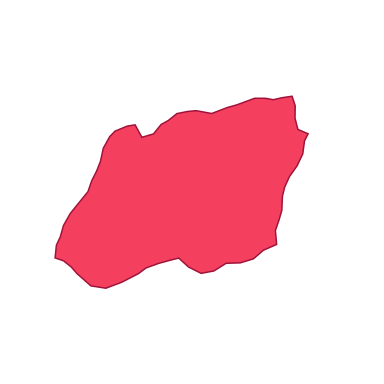 outline of Agios Symeon, Cyprus, rotated 129°
{"feature_id": "46923920B72100366560122", "entity_name": "Agios Symeon", "entity_type": "district", "adm_level": 2, "iso_a3": "CYP", "parent_name": "Cyprus", "parent_adm1": "", "projection": "natural_earth1", "projection_center": [34.234, 35.488], "detail": "fine", "context": "isolated", "style": "filled", "palette": "rose", "viewbox_px": 384, "rotation_deg": 129, "n_neighbors": 0, "source": "geoboundaries", "source_scale": "gbopen_adm2", "svg_char_len": 935}
<svg xmlns="http://www.w3.org/2000/svg" viewBox="0 0 384 384"><g transform="rotate(129 192 192)"><path d="M306.5,189.9L289.0,182.2L279.9,179.9L268.5,173.0L257.8,165.3L251.7,160.7L252.5,147.6L249.5,133.7L239.6,125.3L225.9,120.6L216.7,109.9L205.3,102.2L192.4,99.9L184.8,96.0L179.5,93.2L169.5,102.9L158.9,106.8L149.8,110.6L138.3,119.1L130.0,123.0L118.6,126.0L105.6,126.8L92.7,129.9L81.3,136.8L73.7,138.4L76.7,149.1L69.8,158.4L60.0,166.1L54.6,174.5L62.2,181.5L69.1,186.9L72.9,193.8L79.7,202.3L85.3,205.6L96.5,212.3L104.1,217.7L118.6,226.1L126.2,240.0L132.3,246.2L140.6,253.1L151.3,255.4L158.9,258.5L171.1,258.5L181.0,265.4L175.6,278.5L181.7,283.9L193.1,290.1L200.7,290.8L213.7,288.5L225.9,282.4L235.8,279.3L246.4,277.0L257.1,273.1L273.1,273.1L285.2,273.1L298.9,270.8L309.6,266.2L318.7,263.9L329.4,256.9L326.3,248.5L326.3,238.5L327.8,230.0L328.6,211.5L321.0,198.4L306.5,189.9Z" fill="#f43f5e" stroke="#9f1239" stroke-width="1.5"/></g></svg>